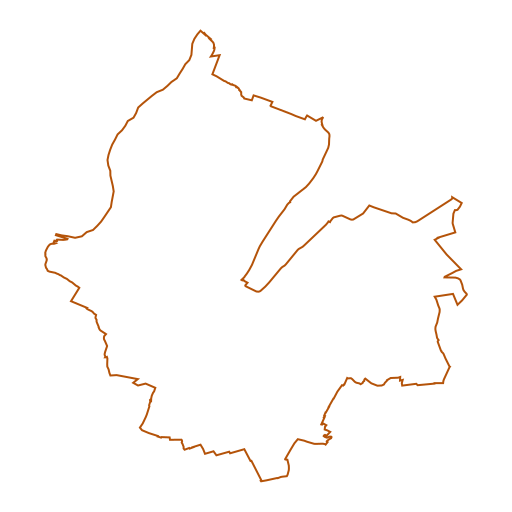 Meerssen, Limburg, Netherlands (Robinson projection)
{"feature_id": "6326949B43663423776688", "entity_name": "Meerssen", "entity_type": "district", "adm_level": 2, "iso_a3": "NLD", "parent_name": "Netherlands", "parent_adm1": "Limburg", "projection": "robinson", "projection_center": [5.761, 50.905], "detail": "fine", "context": "isolated", "style": "outline", "palette": "amber", "viewbox_px": 512, "rotation_deg": 0, "n_neighbors": 0, "source": "geoboundaries", "source_scale": "gbopen_adm2", "svg_char_len": 5979}
<svg xmlns="http://www.w3.org/2000/svg" viewBox="0 0 512 512"><path d="M323.2,117.1L322.5,117.6L316.0,120.8L307.1,115.5L306.0,117.2L304.9,119.3L295.7,116.0L291.4,114.1L271.0,106.3L270.5,105.8L272.4,101.9L260.7,97.6L253.6,95.4L251.8,100.3L244.2,98.5L243.8,97.5L241.6,95.8L241.2,94.5L241.2,92.2L240.7,91.7L240.8,91.6L240.2,90.9L239.3,90.1L239.5,89.8L239.1,89.4L238.7,88.4L236.9,87.4L236.6,87.0L236.9,86.9L236.4,86.5L236.0,86.8L235.7,86.1L235.0,85.6L233.4,85.1L232.2,84.3L231.9,84.7L231.5,84.5L230.7,84.4L229.6,83.7L229.4,83.3L227.8,82.9L225.5,81.3L224.2,81.0L216.6,76.3L212.4,74.3L219.6,55.2L210.9,56.5L211.9,55.0L212.9,53.1L214.0,50.8L214.4,49.4L214.6,47.8L213.8,47.9L214.0,46.3L214.0,44.7L213.4,42.8L212.6,41.8L209.6,38.9L210.4,38.7L205.7,34.7L203.7,32.2L204.2,34.0L200.5,30.7L197.4,34.3L194.4,38.8L192.3,43.8L191.4,54.9L189.3,60.1L185.3,64.2L182.7,68.8L179.8,73.3L176.8,78.3L171.4,82.0L167.4,85.9L162.9,89.7L156.7,92.2L152.0,95.8L142.8,103.4L138.2,107.5L136.1,113.1L133.5,117.7L127.8,121.0L125.3,125.8L122.0,130.3L117.6,134.4L115.0,139.6L112.2,144.6L110.2,149.7L108.5,155.0L107.5,160.0L108.3,165.5L110.3,170.8L110.4,175.6L112.8,185.9L113.7,191.4L111.7,201.9L110.9,207.2L104.3,217.0L101.1,221.6L97.3,225.8L93.0,230.0L86.7,232.1L81.9,236.3L75.1,237.8L67.7,236.2L61.7,235.4L56.3,234.1L55.9,235.2L67.5,238.8L67.3,239.3L65.8,239.6L63.3,239.9L57.0,239.6L56.7,239.9L57.1,241.0L56.7,241.5L54.4,240.7L53.5,242.8L55.2,243.4L53.9,243.8L52.8,243.7L51.1,243.9L49.8,244.5L48.7,245.7L47.8,246.9L45.9,250.6L45.2,253.0L45.5,254.0L45.3,254.3L45.4,256.2L46.6,258.5L46.8,259.4L46.6,259.8L46.7,260.4L45.5,263.8L45.3,264.9L46.0,267.7L47.1,269.3L47.7,270.8L49.4,271.6L55.2,272.8L56.8,273.6L58.5,274.2L59.8,275.1L60.7,275.3L63.9,277.5L66.9,278.9L69.7,281.2L72.1,282.4L75.9,285.6L77.8,286.6L79.3,287.8L71.0,301.2L86.2,307.5L85.9,307.6L86.8,308.7L88.3,309.6L91.7,311.2L93.1,312.4L93.9,313.5L96.1,314.9L95.5,317.3L95.5,318.0L96.6,319.9L96.5,321.1L96.8,322.3L98.6,326.6L98.8,327.4L98.7,327.5L99.5,329.3L100.0,330.0L100.8,330.7L106.0,334.1L104.3,336.0L104.0,336.9L103.9,338.3L104.1,339.5L104.8,340.7L107.1,346.0L106.8,347.0L105.1,352.0L104.6,354.2L104.7,354.9L105.4,357.0L105.2,357.3L106.1,357.3L106.9,356.9L107.4,358.5L107.2,364.2L107.3,366.6L108.6,369.4L109.4,372.9L110.4,375.5L116.6,375.1L137.8,379.1L133.2,382.8L138.0,385.5L145.6,383.6L155.3,387.8L154.1,391.4L153.1,392.7L151.8,395.6L151.2,398.3L151.1,400.6L150.2,399.8L150.0,400.0L150.3,401.5L149.1,405.3L149.4,406.3L146.8,414.5L145.8,417.0L142.7,423.5L139.9,427.6L142.0,430.2L148.9,433.1L157.9,436.0L157.7,436.5L161.1,437.6L161.5,437.1L169.6,437.4L170.0,439.8L181.4,439.7L181.9,440.3L182.1,441.4L181.7,442.6L182.7,444.3L182.9,445.0L183.6,446.7L183.6,448.5L184.6,449.7L189.2,448.0L189.6,448.6L193.1,447.3L192.9,447.1L200.5,444.7L203.1,449.0L205.0,453.8L213.5,451.3L216.4,455.3L229.2,451.7L230.1,453.3L244.3,449.2L250.5,461.0L251.4,460.8L261.5,480.6L260.8,480.9L261.1,481.3L266.2,480.4L277.2,478.0L277.7,478.2L280.7,477.0L282.3,476.7L286.8,476.2L287.6,474.7L288.8,470.1L288.9,468.2L288.8,465.6L287.4,459.7L285.9,459.6L285.2,459.4L285.1,459.2L290.5,449.8L294.4,443.3L297.8,439.2L304.3,440.7L306.9,441.7L314.1,443.8L315.5,443.9L322.8,443.7L324.9,444.1L325.6,444.6L327.5,442.2L326.8,441.8L326.7,441.4L327.0,441.0L329.1,439.3L331.1,438.2L331.5,437.2L331.4,436.8L330.9,436.6L329.4,436.7L327.0,437.7L325.0,437.0L323.7,436.1L323.8,435.7L324.1,435.4L325.0,434.9L326.6,435.7L330.2,431.9L327.3,430.4L324.7,429.5L325.0,426.8L326.3,425.2L323.2,423.5L322.1,424.6L321.3,424.4L324.5,417.4L324.0,417.3L324.9,415.9L324.2,415.6L325.5,412.5L325.8,412.6L329.0,407.0L328.7,406.9L333.4,398.6L333.7,398.6L337.4,391.6L342.0,385.2L343.1,385.6L343.9,384.5L344.3,384.6L347.2,378.0L347.8,378.4L350.9,378.2L352.2,379.1L354.8,381.8L356.3,382.7L359.4,383.4L360.6,384.2L362.6,383.0L363.2,381.7L364.2,381.0L364.3,379.9L364.7,379.1L365.3,378.6L371.3,383.3L377.4,385.7L381.7,385.5L383.9,384.5L384.9,382.8L387.2,380.4L387.1,380.1L390.7,378.0L398.2,377.7L400.2,377.0L400.0,380.6L402.7,379.9L401.8,383.1L402.2,385.6L416.3,383.8L417.6,385.2L434.5,383.6L434.5,383.1L443.1,383.1L443.4,380.9L443.9,379.4L449.6,367.0L449.9,366.7L449.4,366.3L447.7,362.9L445.5,358.5L443.5,353.8L443.0,353.1L441.7,351.9L441.4,351.0L441.0,350.8L437.8,342.0L437.7,341.4L437.9,341.0L438.6,340.1L437.4,338.5L437.0,337.5L436.5,334.7L435.7,331.3L435.4,329.5L435.4,328.1L435.6,326.6L437.2,322.6L438.0,318.5L439.6,312.0L439.7,309.7L439.5,308.5L438.2,305.4L436.4,299.7L434.7,296.7L453.0,293.9L457.5,304.8L462.0,300.5L466.8,294.7L466.6,293.8L464.6,291.7L463.5,290.1L463.0,288.6L462.2,284.7L460.5,280.3L459.8,279.4L457.9,278.3L455.4,277.6L444.5,277.4L444.7,276.8L452.5,272.9L456.1,270.9L461.1,269.3L446.6,254.5L434.7,239.8L438.4,237.9L438.1,237.6L455.3,232.4L452.7,223.7L452.6,222.9L453.4,213.7L454.9,210.1L456.5,210.1L457.5,209.8L459.9,206.7L461.7,203.0L452.2,197.2L452.3,198.5L450.9,199.7L418.4,220.6L416.9,221.5L415.2,222.2L412.7,222.4L411.4,221.3L410.0,220.5L408.0,219.6L403.0,217.8L395.7,213.5L391.5,213.3L373.8,207.3L369.3,205.5L363.1,213.5L353.3,219.5L351.9,219.7L350.4,219.4L343.0,216.0L341.7,215.5L340.1,215.7L333.7,217.4L332.9,218.0L332.4,218.6L330.4,221.2L330.0,222.1L328.5,221.4L327.9,222.4L326.0,224.7L304.3,245.3L302.6,246.8L298.7,249.0L297.7,249.9L285.8,264.4L284.6,265.6L282.3,267.0L280.9,268.3L269.1,282.5L265.3,286.6L260.5,290.9L259.6,291.4L258.5,291.7L256.4,291.5L245.8,286.3L245.3,285.8L245.3,285.3L247.5,282.7L244.3,281.0L244.3,280.8L243.3,279.8L242.3,280.4L241.5,279.9L244.4,277.1L244.6,276.6L246.8,273.7L249.2,270.0L252.0,264.8L258.5,249.1L259.8,246.3L262.6,241.6L276.0,220.7L278.9,216.5L284.5,209.3L287.3,204.6L288.9,202.9L290.2,202.2L290.0,201.3L293.6,196.7L305.9,187.1L309.1,183.6L313.3,178.1L315.9,174.1L317.4,171.3L322.1,161.9L322.5,160.8L322.7,159.6L328.2,147.9L329.0,144.5L329.2,138.7L329.5,136.1L329.4,134.6L329.1,133.7L328.3,132.5L325.3,129.8L324.2,128.6L323.3,127.4L322.0,125.1L322.4,125.0L322.0,123.7L321.6,121.7L321.8,119.7L323.2,117.1Z" fill="none" stroke="#b45309" stroke-width="2"/></svg>